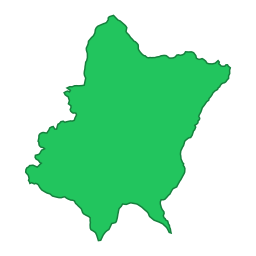 outline of Alvorada, Tocantins, Brazil, rotated 180°
{"feature_id": "56859067B88530431125425", "entity_name": "Alvorada", "entity_type": "district", "adm_level": 2, "iso_a3": "BRA", "parent_name": "Brazil", "parent_adm1": "Tocantins", "projection": "orthographic", "projection_center": [-49.109, -12.409], "detail": "fine", "context": "isolated", "style": "filled", "palette": "green", "viewbox_px": 256, "rotation_deg": 180, "n_neighbors": 0, "source": "geoboundaries", "source_scale": "gbopen_adm2", "svg_char_len": 4355}
<svg xmlns="http://www.w3.org/2000/svg" viewBox="0 0 256 256"><g transform="rotate(180 128 128)"><path d="M221.7,72.1L220.3,72.6L218.7,72.0L217.6,71.1L216.2,68.5L214.3,66.1L211.2,64.2L209.0,63.0L206.0,62.1L204.7,61.0L203.6,60.0L200.7,59.2L197.3,58.4L194.8,58.3L192.9,58.9L191.2,59.2L189.7,58.0L187.9,57.0L185.1,55.9L183.4,55.8L181.6,55.1L180.4,52.6L179.0,51.4L177.8,50.1L176.6,49.0L174.8,47.3L174.0,45.4L173.4,43.5L172.4,42.2L169.8,40.7L167.3,39.5L165.8,38.2L165.9,35.1L165.6,33.8L165.9,31.1L165.7,27.8L165.0,26.3L162.7,25.0L161.4,24.1L160.4,23.2L159.3,20.8L157.6,15.4L155.3,15.7L152.9,20.8L152.0,22.1L150.7,23.8L149.2,25.2L147.1,26.5L145.7,29.4L145.1,30.7L144.3,32.5L142.1,33.0L140.4,33.5L139.6,34.8L138.7,38.2L138.1,42.0L137.7,43.7L137.5,45.2L136.9,47.4L134.7,49.8L133.4,52.0L131.1,51.7L129.6,51.6L127.1,52.6L125.2,53.2L122.8,52.7L119.5,52.1L118.0,51.4L115.3,49.6L114.1,48.8L111.3,46.2L109.0,44.3L107.7,42.7L107.1,41.0L106.4,39.5L103.5,37.1L101.9,35.8L100.5,35.3L96.6,33.8L94.8,32.9L93.3,32.2L92.2,31.1L90.3,29.4L89.2,28.2L88.2,26.5L86.8,23.6L84.9,23.0L85.3,24.8L85.6,26.9L86.4,28.8L86.6,30.7L87.5,31.9L88.3,34.9L90.2,36.0L90.9,37.4L92.0,38.3L92.7,40.2L91.9,42.6L92.1,44.2L93.8,46.4L94.7,48.4L95.2,50.2L95.7,52.1L95.7,54.2L94.8,56.3L92.8,56.2L91.2,56.7L90.2,57.7L88.9,59.1L87.5,60.8L86.2,61.8L84.1,65.8L82.9,67.4L79.3,69.1L78.5,70.8L76.3,74.8L75.2,76.3L73.5,79.5L71.9,82.4L71.3,83.9L71.1,87.5L71.8,89.3L72.7,90.5L72.4,92.4L73.5,93.4L74.0,94.8L75.0,97.1L75.3,100.3L75.6,101.9L75.2,105.2L74.4,106.8L73.6,108.6L72.5,110.4L71.8,112.7L71.4,114.5L70.4,115.7L67.4,118.1L65.3,118.5L63.8,120.9L63.1,123.2L62.4,125.2L61.4,126.2L60.3,128.9L61.2,130.7L59.4,131.8L58.1,133.2L57.9,135.2L56.6,136.4L56.3,137.8L57.3,139.7L56.6,141.4L55.2,143.9L54.5,145.8L53.7,148.3L52.7,149.5L51.2,151.5L49.4,154.2L47.3,155.8L46.9,157.5L45.3,159.3L44.0,161.2L43.2,162.9L41.3,164.9L38.5,166.5L37.7,168.3L36.3,169.2L35.7,170.6L34.4,172.2L32.8,173.0L31.4,173.3L30.1,174.3L29.0,175.9L27.4,177.6L27.4,180.2L26.3,182.4L26.4,185.9L25.7,188.2L27.7,189.8L28.5,191.2L30.0,191.2L31.2,189.8L33.4,189.7L35.1,190.1L36.0,191.3L37.2,192.2L36.7,193.9L37.9,195.4L40.8,192.8L43.6,192.1L47.0,192.2L49.0,192.8L50.3,194.9L52.4,196.6L53.9,197.4L56.0,196.7L57.5,196.7L59.6,197.8L60.2,200.4L61.4,202.0L62.4,203.3L64.3,204.1L65.9,204.1L67.4,204.0L70.5,204.2L71.5,202.4L73.4,201.2L75.7,200.7L77.6,201.2L79.2,200.9L80.8,199.0L82.7,198.1L84.7,197.9L86.7,197.9L88.6,199.5L89.9,200.4L91.9,200.6L95.0,200.2L96.6,199.4L99.2,199.0L101.1,198.4L102.6,198.4L104.6,198.3L106.1,198.5L107.3,198.1L109.2,198.6L110.7,200.1L112.3,200.5L114.3,202.2L116.0,204.2L117.1,205.8L117.7,207.2L117.7,209.9L117.9,211.3L119.0,212.7L120.6,214.2L122.1,214.9L123.5,216.6L125.4,218.5L127.3,221.3L129.0,222.9L130.0,224.5L129.6,226.5L129.2,228.3L130.2,229.9L131.1,230.9L133.3,232.8L135.8,235.0L138.0,235.9L142.5,240.6L146.7,239.3L147.8,238.0L147.7,236.3L149.5,233.5L150.8,232.8L152.2,232.4L155.9,230.8L158.3,229.7L159.6,228.4L160.6,226.5L161.1,223.1L162.5,220.3L164.6,218.3L166.0,216.6L167.5,214.8L167.8,212.2L168.6,210.2L169.7,207.9L169.6,205.9L168.6,202.5L168.6,198.3L169.3,195.4L170.3,193.8L170.6,191.2L170.9,189.6L171.1,187.2L171.6,184.8L171.8,182.7L171.6,180.9L170.3,177.9L170.7,176.0L171.8,170.8L174.1,170.4L177.3,170.2L179.7,170.3L181.5,170.2L183.9,169.2L186.2,169.3L189.0,168.0L187.2,166.8L185.6,165.7L186.5,164.1L188.3,164.9L190.0,164.4L191.9,163.3L190.8,161.2L189.2,160.0L187.7,159.1L187.2,157.1L186.6,155.8L186.9,154.2L187.6,152.2L185.1,150.3L185.0,148.4L185.8,146.5L185.3,144.9L184.1,143.7L182.9,142.9L181.4,143.1L180.0,142.7L179.5,141.0L180.9,138.3L181.7,135.7L183.8,134.9L185.3,135.1L186.9,134.8L189.2,134.3L191.2,133.7L192.8,134.8L195.1,134.3L196.6,132.5L198.0,131.8L198.6,130.1L199.4,126.9L201.2,126.9L202.8,129.5L204.6,129.0L206.2,128.1L207.1,126.0L209.1,123.0L210.8,123.1L212.3,123.5L213.7,123.4L215.4,122.6L216.5,121.7L217.1,120.3L217.1,118.4L217.9,114.7L217.1,113.7L217.1,112.1L216.7,110.5L215.3,109.0L212.5,108.3L211.4,107.2L212.9,106.4L214.3,105.9L215.4,104.0L216.1,102.7L217.2,101.6L220.6,100.7L220.9,98.7L220.0,97.0L217.7,95.7L216.1,93.5L214.7,92.8L216.2,91.4L217.4,90.1L218.8,88.9L220.1,89.5L223.0,90.8L226.4,90.4L227.5,89.0L229.0,88.3L230.0,86.6L230.3,83.9L229.5,82.7L227.8,80.8L227.3,79.2L226.9,77.5L227.5,75.6L226.6,74.3L226.1,72.6L224.3,73.3L221.7,72.1Z" fill="#22c55e" stroke="#15803d" stroke-width="1.5"/></g></svg>